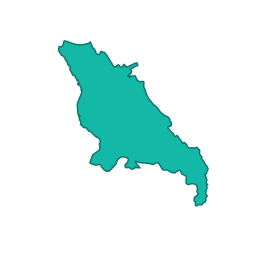 Valcele, Covasna, Romania, rotated 316°
{"feature_id": "2599482B82717722781959", "entity_name": "Valcele", "entity_type": "district", "adm_level": 2, "iso_a3": "ROU", "parent_name": "Romania", "parent_adm1": "Covasna", "projection": "orthographic", "projection_center": [25.68, 45.82], "detail": "fine", "context": "isolated", "style": "filled", "palette": "teal", "viewbox_px": 256, "rotation_deg": 316, "n_neighbors": 0, "source": "geoboundaries", "source_scale": "gbopen_adm2", "svg_char_len": 5887}
<svg xmlns="http://www.w3.org/2000/svg" viewBox="0 0 256 256"><g transform="rotate(316 128 128)"><path d="M133.8,234.1L134.7,232.9L136.5,232.1L137.1,232.2L137.8,232.0L138.1,229.8L138.8,228.7L141.7,226.8L141.8,226.8L141.9,226.6L143.3,225.9L144.9,223.8L145.2,223.8L145.3,223.5L145.5,223.5L145.8,223.6L145.7,223.2L145.9,223.0L145.8,222.6L146.2,222.0L146.6,221.4L148.5,220.3L148.8,219.9L149.2,218.9L149.6,218.7L149.8,218.0L150.0,217.8L150.0,217.5L150.7,216.0L150.9,215.0L151.1,214.9L151.4,215.2L151.8,214.9L152.4,215.3L152.9,215.2L153.8,214.7L154.7,213.8L155.7,213.9L156.4,213.3L156.9,213.2L157.4,212.8L157.5,212.3L157.4,211.9L157.8,211.6L158.1,211.0L158.1,209.8L158.3,207.6L158.8,206.2L158.9,205.7L159.4,204.6L159.4,203.7L159.7,201.1L159.8,200.9L160.9,200.2L161.1,199.9L161.2,198.4L161.2,197.4L161.5,196.5L162.2,195.4L163.9,194.1L164.3,193.1L164.0,192.5L164.2,191.3L164.0,189.6L163.7,189.6L162.8,189.0L161.9,189.0L161.3,187.8L159.8,186.4L159.6,186.0L158.3,185.3L157.8,184.4L157.8,183.8L158.2,181.2L158.7,180.5L158.5,177.5L157.9,177.2L157.2,177.3L156.4,177.0L156.9,175.4L157.3,174.8L157.5,171.8L158.2,167.8L157.8,167.4L157.6,167.5L156.0,167.0L156.0,165.3L156.0,164.8L156.5,164.1L156.8,162.8L156.4,161.1L156.5,160.6L156.8,155.7L157.0,155.3L158.0,155.0L158.8,155.7L159.5,155.8L160.5,156.3L161.7,155.8L162.3,154.8L162.8,154.3L163.1,153.6L163.0,152.1L164.2,150.6L164.3,149.2L164.5,148.0L163.0,144.4L162.9,142.8L162.6,142.4L162.7,141.6L162.5,140.0L162.5,137.4L162.9,136.2L163.1,133.9L163.1,132.0L162.6,128.7L162.8,127.3L162.8,126.2L163.1,125.2L162.8,122.6L163.2,122.2L163.5,120.2L164.3,118.1L164.2,117.2L164.9,116.3L165.3,115.1L165.7,114.7L166.4,113.1L167.1,112.0L167.1,111.7L167.5,110.9L167.5,110.2L167.8,109.4L168.8,108.4L169.2,108.2L169.6,107.5L170.5,106.9L170.6,106.5L171.0,106.4L171.3,105.8L171.2,105.4L171.2,105.0L170.7,104.4L169.4,103.6L168.5,102.7L168.0,100.8L167.6,100.3L168.1,99.6L168.3,97.8L169.0,97.0L169.4,95.6L165.6,92.1L164.5,92.9L164.2,92.9L164.3,92.4L165.0,91.3L165.0,91.0L165.2,90.8L164.5,91.0L164.2,90.8L164.2,90.5L164.4,90.3L166.6,90.4L166.7,90.6L168.2,90.9L170.0,89.7L170.3,89.2L170.3,87.1L172.7,88.1L176.4,88.8L177.7,89.5L178.6,89.7L179.6,87.3L178.5,86.6L177.3,86.1L169.1,83.4L169.6,82.1L168.8,81.1L169.2,80.5L169.5,79.8L168.8,79.5L168.1,79.5L167.1,79.9L165.9,80.0L165.2,79.7L164.7,78.8L165.1,77.9L165.1,76.2L165.0,75.8L164.7,75.9L164.7,76.9L164.5,76.3L163.7,75.5L161.9,75.3L161.3,74.9L160.2,74.6L162.8,63.2L162.8,62.5L163.2,61.9L163.2,61.4L163.4,60.5L163.4,57.8L163.6,57.2L162.8,56.6L162.6,55.5L162.1,54.6L161.4,54.1L160.6,54.3L159.5,55.1L158.5,55.3L158.1,55.1L157.3,53.9L157.1,53.3L157.0,52.0L157.0,51.6L157.9,50.4L158.1,49.8L158.4,48.1L158.6,47.7L158.7,47.0L158.5,46.5L158.4,46.0L158.4,44.9L159.4,43.5L159.7,42.0L160.0,41.5L160.0,41.1L160.5,40.6L160.6,40.0L159.6,39.9L157.3,39.3L156.4,38.5L152.8,36.4L149.7,33.1L148.6,31.7L145.3,25.9L144.8,24.3L144.3,23.4L142.8,21.2L141.6,21.3L139.6,22.8L137.7,23.7L137.1,23.4L136.4,23.0L135.9,23.0L135.2,22.2L135.0,21.7L134.5,22.4L133.5,22.5L133.1,22.8L131.6,24.8L131.7,26.0L131.3,26.6L131.1,27.3L130.7,29.1L130.8,29.6L131.2,30.4L131.3,31.1L131.3,33.6L131.1,34.2L130.7,34.6L130.5,35.1L130.4,36.2L130.6,36.6L130.1,37.4L130.1,38.2L129.4,39.6L129.4,39.9L128.9,40.3L128.9,40.6L129.2,41.4L128.7,42.1L129.2,43.2L129.3,43.7L128.7,44.3L127.3,44.9L126.7,45.8L126.2,47.7L126.1,48.6L125.2,50.8L125.1,51.8L125.5,52.0L125.9,52.7L125.9,53.6L125.8,54.0L125.4,54.6L125.2,56.2L125.3,56.8L124.7,57.5L124.4,58.2L124.8,58.6L124.8,58.9L125.1,58.7L125.2,58.8L124.5,59.7L124.5,60.6L123.8,61.4L123.8,61.8L123.5,61.8L123.0,61.1L122.6,61.1L122.4,61.2L122.4,61.8L122.1,62.2L122.2,62.4L122.5,62.8L123.2,63.0L122.7,64.8L121.9,66.7L120.6,68.3L121.1,68.7L119.1,70.5L111.7,73.8L108.0,75.6L106.1,78.0L105.5,78.5L101.7,83.3L101.4,83.9L101.5,84.2L101.3,84.5L101.6,84.7L101.5,84.8L101.8,84.8L101.6,86.3L101.2,86.5L100.6,86.3L99.8,87.1L98.8,88.5L98.4,90.7L98.2,91.0L97.8,91.6L97.0,91.9L96.5,92.2L96.3,93.1L96.5,94.5L96.4,96.5L96.7,97.4L97.7,98.3L98.2,99.3L98.1,100.2L97.8,101.1L97.6,102.6L98.0,103.9L98.8,105.0L98.9,105.5L98.6,107.7L98.6,108.3L98.9,108.8L98.7,110.4L98.9,112.0L99.1,112.4L99.1,112.9L99.8,114.0L99.9,115.0L99.8,115.6L99.7,116.5L99.3,117.4L99.1,118.3L98.8,118.7L97.9,118.9L96.4,119.5L95.8,120.1L95.7,121.4L95.1,121.6L93.4,123.1L91.8,123.9L89.8,123.7L84.0,122.8L79.2,125.1L78.8,125.2L76.4,126.7L76.8,128.4L78.2,131.1L79.6,132.8L82.1,134.3L82.5,135.1L82.5,136.1L82.1,137.3L81.8,139.7L81.8,141.4L82.3,143.6L82.6,144.3L83.2,144.9L83.9,145.5L85.0,146.0L89.9,145.8L94.5,145.5L95.7,145.0L97.5,143.8L98.6,143.5L102.1,143.9L103.0,144.2L104.1,144.9L105.5,146.7L106.1,147.7L106.4,148.8L107.1,150.2L105.3,151.6L103.7,152.4L103.0,152.5L101.4,152.3L100.2,152.7L99.0,153.9L98.9,154.3L99.1,155.2L99.5,155.7L100.7,156.5L101.4,157.4L102.0,160.0L102.8,160.7L103.7,161.0L104.2,161.5L104.7,161.6L105.0,161.5L105.7,160.9L107.2,163.2L108.9,164.8L109.6,158.3L109.8,158.0L109.9,157.6L110.4,157.3L112.5,161.1L114.4,163.4L116.0,165.1L118.5,168.1L120.4,171.4L121.5,172.0L123.5,172.4L124.7,173.1L125.0,173.5L125.3,174.1L125.4,175.3L124.8,178.6L124.2,180.3L124.0,181.5L124.2,182.4L124.5,183.0L124.8,183.4L126.6,184.9L127.1,185.7L127.4,186.6L128.2,189.8L130.2,192.6L131.0,193.1L132.6,193.0L133.2,193.1L135.5,194.1L136.0,194.9L136.0,195.4L135.9,195.9L135.0,197.9L134.9,198.4L135.0,199.0L136.1,202.3L136.2,203.4L136.1,203.7L135.5,204.4L134.2,205.2L131.6,207.9L131.4,208.3L131.4,209.2L131.9,210.3L132.5,210.9L134.8,212.0L136.1,213.3L137.0,214.7L137.3,215.4L137.5,216.9L137.4,217.5L137.0,218.2L135.4,220.4L134.1,221.0L133.4,221.7L132.8,223.2L132.9,224.2L131.7,224.5L128.7,224.1L128.1,224.1L126.2,225.0L125.2,226.0L125.0,226.4L125.0,227.8L124.8,228.3L123.1,230.1L122.9,230.6L122.8,231.0L123.0,231.4L123.4,231.7L125.8,232.5L126.4,233.0L127.2,234.1L128.0,234.6L128.4,234.6L129.5,234.2L130.0,234.3L132.3,234.8L132.9,234.7L133.8,234.1Z" fill="#14b8a6" stroke="#0f766e" stroke-width="1.5"/></g></svg>